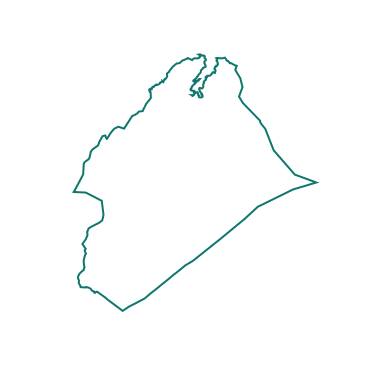 Saltdal nor, Nordland, Norway (Mercator projection), rotated 23°
{"feature_id": "86288312B61921156724393", "entity_name": "Saltdal nor", "entity_type": "district", "adm_level": 2, "iso_a3": "NOR", "parent_name": "Norway", "parent_adm1": "Nordland", "projection": "mercator", "projection_center": [15.291, 66.881], "detail": "fine", "context": "isolated", "style": "outline", "palette": "teal", "viewbox_px": 384, "rotation_deg": 23, "n_neighbors": 0, "source": "geoboundaries", "source_scale": "gbopen_adm2", "svg_char_len": 5693}
<svg xmlns="http://www.w3.org/2000/svg" viewBox="0 0 384 384"><g transform="rotate(23 192 192)"><path d="M83.1,238.2L94.5,234.0L112.4,235.4L119.4,247.5L119.7,248.7L120.2,251.4L120.4,252.9L120.4,253.3L118.7,256.4L112.7,263.5L111.7,265.0L111.1,266.0L111.1,269.2L111.1,269.6L112.7,272.7L112.7,277.1L111.4,282.6L111.5,282.8L116.4,285.9L116.0,287.8L118.5,290.2L118.2,291.3L118.3,292.5L118.4,293.7L119.2,297.9L121.7,302.4L122.5,303.2L122.5,305.0L122.8,306.0L122.8,306.4L122.4,306.7L122.0,307.4L121.1,309.3L120.5,311.0L120.2,312.1L120.2,313.3L120.2,314.2L120.5,315.2L120.6,315.6L121.2,316.4L122.7,317.8L122.9,318.9L123.2,319.8L124.2,320.8L126.0,322.1L126.3,322.6L126.4,323.0L126.6,323.1L130.6,321.8L131.8,321.1L131.8,320.8L135.0,320.4L137.1,320.9L137.9,321.6L139.1,322.0L139.6,321.9L140.0,322.0L140.7,321.8L141.2,322.3L141.3,322.7L141.6,322.9L142.3,322.6L142.5,322.1L142.5,321.9L143.0,321.2L143.9,320.8L144.2,321.0L154.0,323.2L156.2,324.0L174.6,328.5L178.8,322.1L184.1,315.8L190.0,308.5L193.3,301.9L197.0,295.3L200.4,288.7L204.0,282.1L207.4,275.4L211.1,268.8L214.5,262.2L219.8,254.9L236.5,224.0L250.9,196.3L258.4,179.8L284.1,150.1L302.7,134.7L279.8,135.8L250.9,121.7L234.7,105.2L229.7,102.6L227.4,100.9L226.8,99.8L204.1,90.2L198.0,85.8L197.5,75.7L192.1,68.5L184.1,62.7L183.9,58.3L182.0,58.6L177.2,58.1L176.5,58.7L174.1,57.3L172.9,57.6L172.5,57.4L172.0,56.8L169.8,55.5L167.6,57.2L163.7,58.5L162.4,59.0L162.0,59.4L163.0,59.9L163.5,60.3L163.7,60.8L163.3,61.6L164.5,62.4L165.0,62.8L165.1,63.2L165.5,63.3L165.6,63.7L166.0,64.3L165.8,65.4L165.6,66.1L165.5,66.6L165.1,66.5L165.1,66.8L164.8,66.9L164.7,67.2L164.4,67.7L164.4,68.7L164.6,68.7L164.6,69.7L164.6,69.9L165.0,70.2L165.1,70.5L166.1,70.7L166.4,71.8L166.6,73.2L166.5,73.6L165.9,73.6L165.0,73.3L164.7,73.4L164.2,73.8L164.2,75.2L164.0,75.7L163.7,75.9L163.5,77.2L163.0,77.9L162.5,78.3L161.7,78.6L161.5,78.9L161.1,78.7L160.8,79.1L160.4,80.1L160.2,80.1L160.2,80.3L159.9,80.4L159.8,80.7L159.7,80.8L159.8,81.3L160.0,81.2L160.0,81.4L160.2,81.5L160.2,81.3L160.8,81.2L160.8,81.5L160.8,82.7L160.7,83.2L160.8,83.3L160.8,83.7L160.2,84.4L160.1,85.0L160.3,85.8L160.2,86.1L159.9,86.1L160.0,86.5L160.1,86.3L160.3,86.5L160.3,87.0L160.4,87.8L160.3,88.1L160.3,88.8L161.2,90.5L161.3,90.8L161.2,91.4L161.3,91.7L160.8,92.7L159.6,93.1L159.0,92.9L158.3,93.3L158.2,93.9L158.4,94.3L158.7,94.9L160.2,96.4L160.7,96.9L161.7,97.1L162.3,98.0L162.4,97.8L162.7,98.1L162.6,98.3L162.6,98.7L162.8,98.9L163.3,98.7L163.5,98.4L163.6,98.5L164.4,99.9L164.4,100.5L164.2,100.8L163.7,101.1L163.4,101.4L161.8,102.0L161.2,101.8L160.8,101.2L160.7,100.5L160.0,100.5L159.7,100.3L159.5,99.8L159.2,99.5L158.9,98.8L158.0,97.9L157.4,98.6L156.7,99.1L156.3,99.6L155.9,100.6L156.0,101.5L155.4,102.8L154.9,103.4L154.6,103.1L153.9,103.0L154.9,102.6L155.5,101.7L155.6,101.2L155.6,100.5L155.8,100.1L155.9,99.3L155.8,98.8L155.8,99.2L155.5,99.1L155.6,98.7L155.8,98.7L154.9,98.0L155.0,98.2L154.8,98.2L154.5,98.7L154.3,98.1L154.8,97.9L154.6,97.9L153.3,98.6L152.6,98.6L152.3,98.6L152.2,98.7L152.0,98.8L151.8,98.6L151.6,98.8L151.4,98.7L150.7,98.5L150.7,98.0L150.6,97.8L150.7,97.2L150.8,97.2L150.9,96.7L150.7,96.7L150.8,96.4L150.7,96.2L150.8,95.5L150.8,95.3L150.7,94.6L151.1,93.9L151.5,93.4L151.5,92.9L151.5,92.6L151.6,92.3L152.5,91.1L152.5,90.9L152.7,90.3L152.8,89.7L152.9,89.0L153.1,88.4L153.6,88.1L154.2,87.2L154.3,86.9L154.5,86.7L154.4,86.5L154.6,86.3L154.5,86.0L154.6,85.6L155.0,85.3L155.1,84.9L154.6,85.1L154.2,85.8L154.0,86.5L154.0,86.8L153.8,87.1L150.9,89.1L150.7,89.3L150.7,89.6L149.9,89.5L149.7,89.1L149.7,88.9L151.6,85.3L151.5,85.0L151.5,84.8L151.7,83.6L152.2,82.8L152.2,82.6L152.1,82.4L152.1,82.0L152.4,80.9L153.0,79.6L153.3,78.6L153.3,78.1L152.8,77.0L152.9,76.1L152.9,75.9L153.7,74.4L153.7,74.2L153.7,73.9L153.6,73.7L153.7,73.4L153.9,73.1L154.5,72.7L155.0,72.0L155.5,71.5L155.6,71.3L155.5,70.8L155.0,70.5L154.5,69.7L153.7,69.2L153.6,68.8L153.2,68.3L152.9,68.3L152.6,67.9L152.5,67.0L152.7,66.3L153.2,65.4L153.1,64.7L152.5,64.1L152.2,64.1L151.2,63.7L150.9,63.3L150.9,62.5L150.8,62.2L150.4,62.3L149.8,61.8L149.6,62.0L148.1,62.1L147.8,62.5L145.5,62.1L145.1,62.6L144.6,62.9L146.0,63.1L146.3,63.4L146.7,64.1L146.0,65.1L146.3,65.4L146.0,66.0L144.7,67.0L142.2,67.8L141.1,69.0L140.6,70.5L135.6,70.4L135.2,71.5L134.0,72.5L132.9,73.8L132.0,74.5L131.6,75.1L130.7,77.3L130.0,78.4L128.6,79.1L127.6,79.8L125.4,84.1L124.1,88.6L123.9,89.9L123.9,90.5L122.8,92.4L122.7,92.8L122.8,93.0L123.8,94.8L124.0,95.5L123.8,97.0L123.6,97.7L123.1,98.3L123.2,98.6L122.8,98.7L122.6,99.0L122.7,99.6L122.5,99.9L122.6,100.1L122.6,100.4L122.6,100.6L122.5,101.0L122.6,101.7L122.1,101.8L121.8,101.7L122.1,102.1L121.1,102.1L120.8,102.5L120.9,102.8L120.8,103.0L120.2,103.5L120.2,103.8L120.0,104.1L119.8,104.2L119.9,104.6L119.9,105.0L119.3,105.9L117.8,107.3L117.4,107.5L117.1,107.3L117.0,107.6L116.8,107.6L116.4,108.0L116.3,108.3L115.8,109.3L115.8,109.5L116.0,109.5L116.0,109.8L115.8,109.9L115.7,109.8L115.1,110.5L114.7,111.8L114.7,112.0L114.6,111.9L114.6,112.0L114.4,111.9L114.2,112.2L113.9,112.8L114.0,113.1L113.8,113.3L113.8,113.5L113.7,113.5L113.7,113.8L113.7,114.0L113.4,113.7L113.6,113.6L113.2,113.6L112.7,114.0L112.7,114.5L112.9,115.1L113.4,115.4L113.7,115.4L113.6,115.7L114.0,116.4L114.3,116.3L114.5,116.4L114.7,116.2L114.9,116.3L117.4,121.5L115.4,128.8L114.9,136.5L115.0,136.8L111.7,138.7L111.4,139.3L111.2,140.4L110.9,141.1L110.4,141.6L109.6,143.0L107.3,145.3L104.7,160.2L98.7,160.7L95.7,164.1L94.6,167.5L93.8,170.7L93.5,173.4L92.9,176.3L92.1,176.0L90.1,173.9L87.9,175.5L87.0,182.4L87.3,183.2L87.3,185.9L83.8,191.7L83.3,193.5L83.1,194.3L83.7,197.3L84.0,199.6L84.3,200.2L84.3,200.5L84.0,202.2L81.5,206.4L81.5,207.4L81.3,208.2L84.9,218.2L84.8,220.4L83.4,236.3L83.1,237.4L83.1,238.2Z" fill="none" stroke="#0f766e" stroke-width="2"/></g></svg>